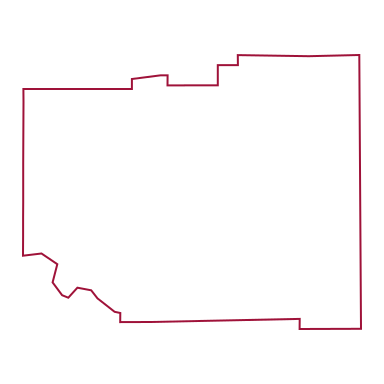 outline of Benewah, Idaho, United States of America
{"feature_id": "52423323B17427488996260", "entity_name": "Benewah", "entity_type": "district", "adm_level": 2, "iso_a3": "USA", "parent_name": "United States of America", "parent_adm1": "Idaho", "projection": "albers", "projection_center": [-116.794, 47.218], "detail": "fine", "context": "isolated", "style": "outline", "palette": "rose", "viewbox_px": 384, "rotation_deg": 0, "n_neighbors": 0, "source": "geoboundaries", "source_scale": "gbopen_adm2", "svg_char_len": 519}
<svg xmlns="http://www.w3.org/2000/svg" viewBox="0 0 384 384"><path d="M361.0,328.8L359.3,55.0L308.9,56.2L237.8,55.1L237.9,65.1L217.8,65.1L217.8,85.3L167.5,85.4L167.6,75.3L160.8,75.3L131.9,79.0L131.9,89.0L23.4,89.0L23.5,102.1L23.2,163.5L23.2,187.1L23.2,202.6L23.1,217.6L23.1,236.5L23.0,255.7L41.5,253.5L57.3,264.2L52.6,282.4L62.1,295.2L68.3,297.7L77.4,287.7L91.2,290.3L97.5,298.4L114.6,311.8L120.3,313.0L120.2,322.1L150.7,322.0L299.7,318.9L299.6,329.0L361.0,328.8Z" fill="none" stroke="#9f1239" stroke-width="2"/></svg>